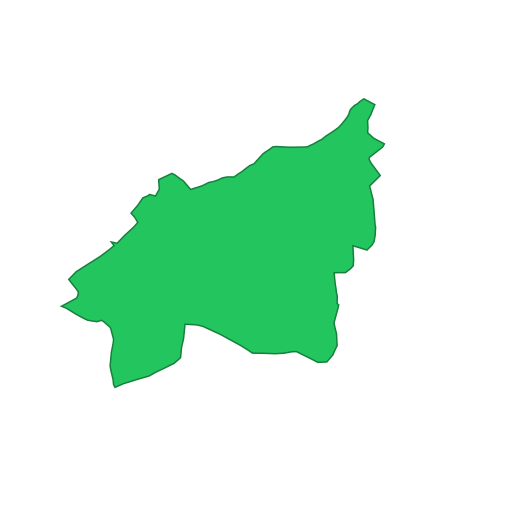 Shaqlawa, Arbil, Iraq, rotated 132°
{"feature_id": "34846034B67830474961503", "entity_name": "Shaqlawa", "entity_type": "district", "adm_level": 2, "iso_a3": "IRQ", "parent_name": "Iraq", "parent_adm1": "Arbil", "projection": "orthographic", "projection_center": [44.21, 36.45], "detail": "fine", "context": "isolated", "style": "filled", "palette": "green", "viewbox_px": 512, "rotation_deg": 132, "n_neighbors": 0, "source": "geoboundaries", "source_scale": "gbopen_adm2", "svg_char_len": 2323}
<svg xmlns="http://www.w3.org/2000/svg" viewBox="0 0 512 512"><g transform="rotate(132 256 256)"><path d="M67.0,281.0L72.3,282.3L74.4,282.3L78.0,283.5L82.8,283.9L85.2,283.5L88.3,282.0L91.0,281.3L94.3,280.9L101.2,280.6L104.8,280.6L108.4,281.3L113.5,282.5L120.1,284.3L125.2,285.1L129.1,286.6L134.8,288.5L138.1,290.0L140.2,290.7L142.3,292.6L146.5,297.1L150.7,301.6L153.7,305.0L161.5,314.7L163.9,316.6L167.5,317.3L173.3,318.8L175.7,319.2L188.9,319.2L192.8,321.1L198.2,322.2L203.0,323.0L206.9,324.1L212.0,325.2L216.3,330.1L220.2,333.1L225.3,335.3L229.2,337.5L232.8,340.2L240.0,343.1L243.3,345.0L250.3,349.1L249.7,353.6L248.8,360.3L249.4,364.4L250.0,370.8L250.9,373.8L257.2,376.4L264.4,379.4L271.0,372.6L278.6,370.8L281.6,376.4L283.1,376.4L288.5,379.0L297.5,377.8L307.8,377.5L308.4,371.9L310.2,366.3L315.9,366.2L327.6,367.3L331.9,367.5L338.2,367.7L339.4,367.7L342.4,372.9L343.3,368.4L349.0,369.2L361.4,371.7L373.4,375.1L387.9,379.1L398.7,379.5L399.9,372.8L400.8,367.1L401.7,363.8L404.7,361.9L407.4,361.2L415.6,364.1L423.5,366.9L421.8,362.3L419.7,350.9L417.6,342.1L416.3,338.0L411.3,330.3L407.1,327.7L406.7,325.1L406.7,321.5L406.6,316.8L407.5,314.8L413.3,306.0L417.0,303.4L424.1,299.2L435.3,290.9L438.1,287.3L443.5,279.5L446.8,275.9L448.0,272.9L439.8,269.2L427.2,261.7L416.6,255.1L410.0,252.9L390.8,245.1L388.1,244.7L382.1,244.0L373.4,250.4L365.9,254.5L354.2,263.1L347.0,254.2L343.9,248.6L339.9,235.7L338.2,230.3L332.7,207.1L331.2,198.6L330.6,193.7L322.5,184.4L315.9,176.5L309.6,170.2L303.3,165.4L300.0,162.0L295.5,146.0L293.7,138.9L287.4,132.5L277.9,132.7L276.5,133.3L272.2,134.6L271.1,134.9L268.2,135.8L264.5,139.6L259.9,144.1L256.3,149.5L253.6,153.2L250.3,154.9L243.0,158.6L239.0,160.6L237.0,161.9L237.0,163.9L231.7,168.5L229.0,172.2L227.1,174.3L223.4,178.8L220.1,182.5L216.1,186.7L208.5,178.4L201.8,177.2L198.2,177.2L193.5,180.9L183.6,190.8L180.6,184.6L177.3,177.5L170.3,177.1L166.3,177.9L161.0,181.2L154.3,186.6L153.9,187.4L153.7,187.7L153.7,187.8L153.5,188.0L153.4,188.1L145.0,196.9L135.5,207.0L135.4,207.2L135.3,207.4L128.2,218.0L128.0,218.4L113.3,217.5L113.1,217.5L113.0,217.8L110.0,232.4L108.5,236.7L108.4,236.9L108.2,237.0L106.7,237.7L90.4,234.8L88.9,235.1L86.8,235.6L89.7,247.2L89.7,255.5L85.7,258.7L80.7,263.7L74.0,265.3L64.0,269.0L65.0,272.7L67.0,281.0Z" fill="#22c55e" stroke="#15803d" stroke-width="1.5"/></g></svg>